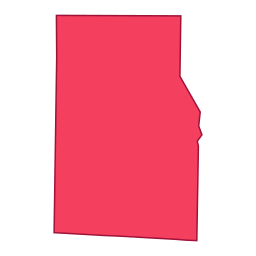 outline of Grady, Georgia, United States of America
{"feature_id": "52423323B79545259368110", "entity_name": "Grady", "entity_type": "district", "adm_level": 2, "iso_a3": "USA", "parent_name": "United States of America", "parent_adm1": "Georgia", "projection": "orthographic", "projection_center": [-84.202, 30.877], "detail": "fine", "context": "isolated", "style": "filled", "palette": "rose", "viewbox_px": 256, "rotation_deg": 0, "n_neighbors": 0, "source": "geoboundaries", "source_scale": "gbopen_adm2", "svg_char_len": 338}
<svg xmlns="http://www.w3.org/2000/svg" viewBox="0 0 256 256"><path d="M56.4,15.4L56.7,57.0L54.1,232.7L56.8,232.8L101.3,235.3L101.9,235.4L116.9,236.0L177.0,239.4L185.3,240.1L196.8,240.6L198.4,146.2L197.3,141.2L201.9,134.8L198.7,126.0L200.2,112.0L179.9,76.3L180.8,15.9L56.4,15.4Z" fill="#f43f5e" stroke="#9f1239" stroke-width="1.5"/></svg>